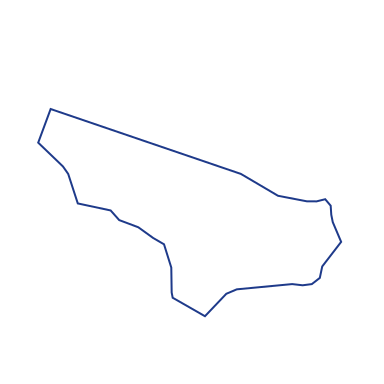 map outline of Dobrepolje (Equal Earth projection), rotated 157°
{"feature_id": "SVN-253", "entity_name": "Dobrepolje", "entity_type": "Municipality", "adm_level": 1, "iso_a3": "SVN", "parent_name": "Slovenia", "parent_adm1": "", "projection": "equal_earth", "projection_center": [14.721, 45.817], "detail": "fine", "context": "isolated", "style": "outline", "palette": "blue", "viewbox_px": 384, "rotation_deg": 157, "n_neighbors": 0, "source": "natural_earth", "source_scale": "10m", "svg_char_len": 521}
<svg xmlns="http://www.w3.org/2000/svg" viewBox="0 0 384 384"><g transform="rotate(157 192 192)"><path d="M228.6,72.6L251.1,102.2L250.0,107.4L240.6,130.5L238.2,154.8L245.7,164.8L255.2,180.5L270.0,194.6L274.1,206.8L301.6,226.1L298.9,257.0L300.8,265.9L314.3,297.5L289.7,323.6L139.9,189.5L114.3,154.9L90.0,138.6L81.0,134.7L72.2,133.3L69.7,125.2L72.7,116.6L74.2,109.3L74.2,87.8L101.2,72.6L107.9,63.0L117.7,60.4L126.6,62.9L135.8,68.1L188.8,84.9L200.2,84.9L228.6,72.6Z" fill="none" stroke="#1e3a8a" stroke-width="2"/></g></svg>